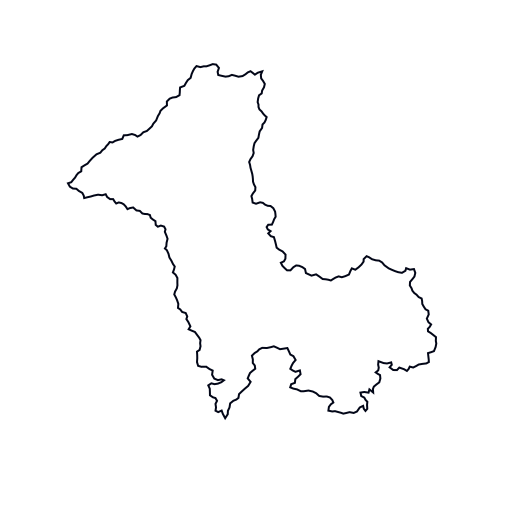 Barbacena, Minas Gerais, Brazil, rotated 235°
{"feature_id": "56859067B90991980012339", "entity_name": "Barbacena", "entity_type": "district", "adm_level": 2, "iso_a3": "BRA", "parent_name": "Brazil", "parent_adm1": "Minas Gerais", "projection": "mercator", "projection_center": [-43.815, -21.253], "detail": "fine", "context": "isolated", "style": "outline", "palette": "ink", "viewbox_px": 512, "rotation_deg": 235, "n_neighbors": 0, "source": "geoboundaries", "source_scale": "gbopen_adm2", "svg_char_len": 5706}
<svg xmlns="http://www.w3.org/2000/svg" viewBox="0 0 512 512"><g transform="rotate(235 256 256)"><path d="M234.6,158.8L231.6,160.6L228.8,162.4L224.8,162.5L221.7,162.6L218.9,162.3L216.6,160.2L213.9,158.8L211.4,155.9L211.5,152.8L208.7,151.1L205.9,149.2L202.9,146.8L199.2,145.6L196.6,147.7L193.9,151.7L190.0,153.1L187.0,154.8L183.9,151.9L179.5,151.5L176.2,153.6L174.7,157.1L172.6,158.4L172.5,155.2L173.3,151.6L174.8,148.5L177.3,146.4L177.4,142.7L173.8,142.0L171.3,140.4L168.3,138.4L164.9,139.7L162.9,141.3L159.7,141.0L158.1,138.0L154.9,136.4L152.5,134.1L149.8,135.5L149.1,139.2L145.8,138.3L140.8,137.7L142.6,142.1L145.3,144.2L147.1,147.4L150.1,150.3L150.4,154.4L149.7,157.5L149.8,160.2L152.6,162.9L153.2,166.7L153.7,170.6L154.1,175.1L156.0,179.4L160.5,179.0L162.1,181.5L163.6,184.0L163.9,187.0L164.1,190.7L167.0,192.2L170.2,192.0L173.1,194.1L176.7,195.5L177.3,199.3L177.1,202.4L177.7,205.1L177.2,208.4L174.4,212.1L172.8,215.9L171.8,218.8L168.8,220.6L165.9,222.2L164.5,225.0L162.6,228.9L158.6,228.2L155.6,227.6L152.5,229.2L148.1,228.8L147.1,225.0L145.8,222.4L143.9,219.4L141.2,220.4L138.5,221.9L137.1,226.3L133.6,224.7L133.0,221.2L132.6,217.6L129.8,215.1L130.8,211.3L128.8,208.7L126.0,210.5L123.2,213.1L119.4,215.2L117.8,217.6L115.7,221.8L112.4,224.8L109.0,226.6L105.1,227.5L102.3,230.3L100.3,233.4L97.7,235.4L94.3,235.9L91.6,235.3L91.6,232.3L90.6,229.2L87.8,226.6L84.9,229.3L83.6,231.7L81.2,233.7L78.8,235.7L76.8,237.1L75.7,239.7L74.4,243.1L71.4,246.0L70.7,249.5L72.4,254.1L71.8,257.8L69.1,256.7L66.3,256.8L67.0,259.5L70.4,261.6L72.7,263.6L75.3,263.2L77.9,263.5L80.9,261.9L84.2,263.2L82.5,266.7L79.5,269.8L81.7,272.4L77.0,273.7L80.0,275.5L81.4,277.6L81.7,280.9L81.8,284.5L84.3,287.6L87.3,289.3L89.5,288.2L92.0,287.3L92.2,290.5L94.1,292.5L96.9,293.7L99.6,296.0L97.4,297.5L95.1,299.1L92.8,301.7L91.3,305.7L89.0,304.8L88.2,301.6L83.9,303.0L81.7,306.0L82.4,309.4L78.4,312.3L75.3,313.7L75.9,316.2L77.2,318.5L74.5,320.8L74.0,324.1L73.8,327.0L72.2,330.4L70.3,333.9L70.0,336.8L72.3,338.2L74.7,339.5L77.8,341.2L76.8,344.2L76.0,347.2L78.4,350.9L80.9,353.5L83.3,354.6L86.3,356.9L89.7,355.9L92.9,354.9L95.6,353.7L97.8,355.0L98.3,357.6L99.5,360.2L102.8,359.3L106.7,360.0L109.1,364.0L112.4,365.7L115.1,364.3L118.4,364.4L121.3,364.7L123.9,366.3L126.2,367.3L129.0,365.7L132.3,365.3L134.9,364.4L137.9,364.2L140.3,364.9L143.6,365.1L146.4,367.3L147.4,371.1L148.3,374.0L150.8,376.8L154.7,377.9L156.5,374.3L159.9,372.0L158.2,369.9L158.5,365.9L161.3,363.1L163.9,361.2L166.9,359.3L169.8,357.6L172.4,356.7L174.7,355.9L178.4,355.6L181.6,354.2L183.7,351.7L186.8,349.2L190.1,347.9L192.4,346.5L191.7,342.4L189.7,340.9L188.5,337.5L187.9,333.5L187.8,329.5L190.9,327.4L189.6,324.8L187.5,321.5L188.3,317.5L189.4,314.1L191.9,312.0L192.7,308.8L192.9,306.1L193.0,303.3L195.0,301.7L196.8,299.9L198.9,297.4L202.6,296.2L206.5,294.7L208.1,290.2L211.0,288.5L213.4,287.1L217.2,288.7L220.3,287.6L223.3,285.7L225.2,283.5L225.4,280.2L224.5,276.0L226.5,273.2L229.8,272.5L232.8,272.0L236.2,272.5L235.6,275.8L236.9,278.5L240.2,281.0L244.5,280.4L248.0,278.6L251.0,277.7L253.9,278.9L257.3,280.2L261.2,281.5L263.7,279.5L267.5,279.0L268.0,282.2L271.0,280.9L273.6,281.3L274.6,283.9L272.6,287.0L274.1,289.6L275.7,291.9L276.9,294.6L279.1,295.9L281.4,297.1L285.2,297.6L288.6,296.6L290.4,294.4L292.8,292.9L295.6,292.1L297.6,290.2L298.8,286.0L301.7,283.9L305.0,285.6L307.7,286.6L309.0,289.3L310.1,292.9L312.7,295.0L315.9,295.4L318.6,296.2L320.8,297.6L323.1,298.9L325.4,300.0L328.5,301.1L331.4,302.1L334.1,303.4L336.9,304.3L338.5,307.0L339.7,310.4L341.7,313.2L344.5,314.5L347.3,317.2L349.3,319.5L350.3,322.2L351.4,325.7L353.8,328.1L356.0,330.5L357.4,334.4L360.0,336.8L360.5,339.5L361.8,341.9L363.7,344.4L366.1,343.8L368.5,343.5L371.3,343.5L374.1,342.9L376.6,343.5L378.6,344.9L381.1,345.6L383.9,348.2L385.9,350.7L385.9,353.9L388.0,355.9L389.6,359.3L391.9,361.9L395.5,362.2L398.5,362.1L401.7,363.9L403.7,367.0L405.1,362.6L405.2,359.1L408.0,358.3L410.5,357.5L411.1,354.6L410.9,351.6L411.1,348.2L412.9,344.5L415.8,342.2L418.2,340.1L418.9,336.8L420.4,333.9L423.1,331.4L425.9,328.9L428.9,330.2L431.3,333.5L435.6,333.2L438.0,330.6L438.8,327.4L439.8,324.2L441.3,322.1L442.6,318.8L445.7,316.2L444.9,313.0L443.7,310.5L442.0,307.7L439.4,304.6L439.2,301.0L438.0,298.0L436.5,294.9L437.6,290.5L435.7,288.9L433.6,287.3L431.6,285.6L432.0,281.7L433.7,278.5L434.4,275.5L433.7,271.6L430.4,269.4L430.3,264.5L429.7,261.0L428.2,258.9L426.9,255.9L424.3,251.9L423.3,247.8L421.9,245.1L421.4,241.5L421.0,238.3L422.0,234.7L421.3,230.8L421.8,227.4L424.4,226.4L427.1,224.3L428.8,219.9L430.7,216.9L428.6,213.6L430.1,209.9L431.1,206.6L431.3,203.6L433.3,201.5L432.4,199.1L431.9,196.5L430.8,193.7L430.8,190.8L429.9,187.7L430.8,183.7L430.2,178.5L429.2,174.1L428.3,171.0L428.6,167.9L428.8,164.0L425.6,161.4L425.9,158.0L425.2,155.4L424.0,152.8L423.3,149.9L422.4,147.0L423.4,143.7L419.5,143.3L416.3,144.7L414.1,147.4L410.9,148.2L407.3,149.9L404.2,149.5L402.0,148.5L400.9,151.4L399.5,154.8L398.5,157.9L396.8,161.8L394.0,164.8L392.8,168.3L389.7,167.9L386.3,169.1L384.5,171.6L381.8,171.4L379.2,171.6L378.6,174.3L376.5,176.2L374.2,177.3L371.3,177.7L368.1,177.6L367.6,180.1L366.2,183.2L361.9,184.2L359.6,186.7L356.0,187.3L354.2,189.0L352.6,191.1L350.4,192.6L347.8,191.7L345.2,192.4L342.2,193.6L339.0,191.7L336.3,192.4L335.5,195.5L332.8,197.6L329.8,197.2L328.1,195.2L323.9,194.3L320.8,193.4L318.2,190.4L315.4,188.1L314.4,185.7L311.9,186.3L308.0,185.6L304.4,184.2L300.8,184.0L297.0,183.4L294.0,183.4L292.0,181.1L290.2,178.5L286.8,179.4L283.1,179.0L279.3,176.3L277.0,174.8L274.9,172.6L273.3,169.3L271.4,167.0L268.0,166.6L265.0,166.0L261.3,164.9L258.2,162.3L255.7,163.3L252.5,163.4L249.6,165.7L245.9,165.0L244.3,162.8L240.7,162.7L236.0,161.9L234.6,158.8Z" fill="none" stroke="#020617" stroke-width="2"/></g></svg>